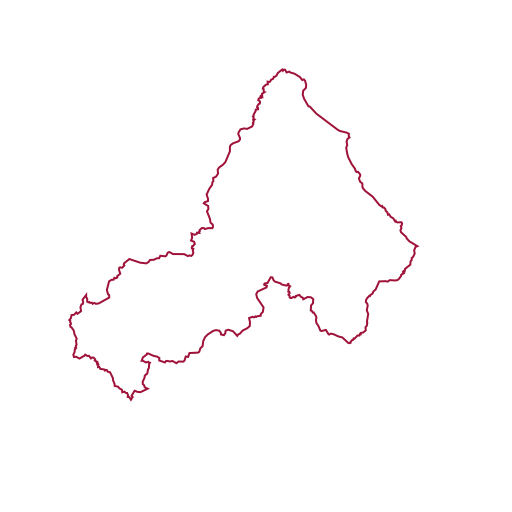 outline of Garut, Jawa Barat, Indonesia, rotated 204°
{"feature_id": "22746128B66421464971893", "entity_name": "Garut", "entity_type": "district", "adm_level": 2, "iso_a3": "IDN", "parent_name": "Indonesia", "parent_adm1": "Jawa Barat", "projection": "robinson", "projection_center": [107.848, -7.343], "detail": "fine", "context": "isolated", "style": "outline", "palette": "rose", "viewbox_px": 512, "rotation_deg": 204, "n_neighbors": 0, "source": "geoboundaries", "source_scale": "gbopen_adm2", "svg_char_len": 6106}
<svg xmlns="http://www.w3.org/2000/svg" viewBox="0 0 512 512"><g transform="rotate(204 256 256)"><path d="M228.2,212.1L238.0,218.2L240.3,221.3L240.0,224.3L233.6,231.6L233.9,233.2L236.7,233.0L237.1,233.6L236.7,234.6L234.5,236.0L233.9,242.6L232.3,243.1L230.2,241.1L228.3,240.3L222.3,241.0L221.1,240.4L216.3,241.3L215.4,241.9L215.6,243.1L215.0,243.7L214.0,242.4L212.5,242.2L213.0,240.3L212.6,238.3L211.9,236.5L211.0,236.8L210.1,235.7L210.6,233.8L209.1,233.3L208.5,232.0L207.5,231.6L206.4,232.1L205.3,233.9L203.6,233.9L203.0,235.2L203.3,235.7L200.6,238.1L198.4,237.0L196.3,236.9L195.2,235.7L192.2,239.5L189.1,240.6L186.2,239.9L184.7,236.0L185.6,233.3L183.8,228.5L182.7,228.6L181.1,227.4L180.3,227.9L176.9,225.6L175.6,224.0L175.3,222.0L173.5,219.3L170.8,217.7L166.8,214.0L165.5,214.2L162.1,216.9L157.9,214.0L157.2,214.0L156.1,215.5L153.4,216.1L148.3,216.0L144.0,216.7L136.3,214.1L134.9,214.5L134.3,215.2L134.7,215.8L134.1,218.1L133.2,218.9L133.3,220.4L132.4,220.5L130.9,224.7L129.2,225.4L129.3,226.9L128.5,227.1L129.0,228.3L126.9,229.8L125.5,232.7L127.0,235.5L126.4,237.4L127.2,240.4L127.9,240.9L129.9,248.7L132.7,251.4L133.8,256.2L135.1,257.8L136.9,258.6L137.5,260.4L137.4,262.4L136.3,265.7L135.6,265.8L135.6,267.1L134.3,268.8L134.3,271.5L133.1,274.0L133.1,282.9L127.4,285.7L125.4,286.1L123.9,288.4L119.0,290.2L117.0,291.5L116.2,293.0L115.3,296.8L115.7,298.0L113.9,300.4L115.3,301.2L115.1,302.2L114.0,302.4L114.6,304.9L111.5,310.8L112.6,314.0L112.1,315.8L112.9,317.4L112.1,319.2L112.0,322.7L113.9,325.7L113.9,329.2L112.6,330.6L121.9,331.8L125.6,333.4L126.5,334.5L133.2,336.7L134.5,338.2L134.5,340.7L135.9,342.1L135.4,343.5L135.9,345.4L136.9,346.0L140.5,344.2L142.0,344.1L142.7,345.0L143.2,344.3L145.8,346.2L148.9,346.6L151.4,348.2L152.2,347.4L153.9,349.4L156.0,350.1L157.0,351.6L158.8,352.3L159.8,351.9L161.0,352.9L161.3,352.3L164.1,352.8L173.6,357.7L182.5,359.8L186.4,361.7L188.4,365.5L191.3,366.3L193.6,368.9L193.4,371.8L194.2,373.0L197.1,374.4L198.3,373.6L200.1,374.7L201.1,376.0L206.0,378.9L212.0,383.8L214.0,386.2L217.6,391.5L217.8,394.4L219.8,397.4L220.0,400.3L218.8,402.3L220.1,403.3L220.8,405.4L223.2,405.6L230.5,404.3L232.9,404.6L258.8,410.6L267.6,414.4L269.0,414.1L276.1,419.3L278.9,422.3L280.1,426.1L278.8,429.9L279.8,432.8L282.4,436.0L284.1,436.8L285.3,435.6L288.9,437.4L295.1,438.2L299.3,437.6L300.6,438.0L302.7,436.1L305.2,438.0L306.5,437.5L306.8,436.2L307.9,437.0L310.5,432.1L310.7,429.0L311.7,427.3L312.6,426.9L312.4,424.9L314.0,423.0L314.0,421.3L314.6,420.4L316.3,420.0L315.0,417.7L316.5,416.7L318.0,413.4L317.8,411.6L316.9,411.6L315.6,409.0L314.9,409.1L316.5,406.7L314.8,403.6L315.6,403.3L316.1,404.4L316.8,404.2L316.8,403.3L315.9,402.4L317.2,401.4L317.6,400.3L317.2,399.2L315.4,398.9L314.7,397.8L314.5,396.8L315.4,395.8L315.8,393.5L315.5,392.3L314.5,392.2L313.8,390.9L315.8,389.6L315.3,388.1L315.7,384.1L315.1,383.0L315.5,382.2L314.2,381.1L314.1,379.8L312.9,380.0L313.5,378.6L312.7,377.6L313.0,376.2L312.1,375.6L312.2,372.8L315.8,368.5L318.8,367.7L321.7,365.4L322.2,361.6L321.7,360.1L318.7,357.4L318.0,355.8L318.6,353.7L322.8,349.6L324.2,347.2L324.3,345.3L322.4,341.0L322.2,329.2L323.4,325.8L325.7,321.9L326.1,319.2L324.2,315.9L324.8,312.2L326.9,309.8L325.4,307.0L325.8,305.7L325.1,303.1L326.0,298.4L326.1,292.1L323.0,288.6L322.2,286.6L324.7,284.4L325.1,282.9L320.0,282.2L318.6,279.5L319.0,276.9L313.3,271.3L311.1,268.0L308.3,267.1L307.1,265.0L307.3,263.6L310.9,262.1L313.7,259.8L315.1,260.3L316.8,259.5L318.1,256.6L317.4,255.5L317.9,254.7L317.2,254.0L319.3,253.3L319.1,252.1L320.7,250.4L324.0,250.3L321.7,246.6L321.6,243.7L318.3,243.8L316.8,242.1L317.7,239.3L318.2,239.2L318.1,237.7L317.6,236.8L316.2,237.1L315.8,234.9L314.5,233.4L314.5,231.2L315.2,229.7L317.1,229.4L318.2,228.2L322.4,228.5L332.6,224.0L336.3,224.4L337.4,223.9L338.0,223.0L338.0,220.1L338.6,218.9L343.5,217.3L343.6,214.6L345.8,213.4L347.8,211.0L351.2,209.3L351.7,206.8L353.3,204.6L359.1,202.8L370.5,201.7L373.5,195.7L373.4,194.4L372.4,193.8L373.5,190.8L375.5,190.4L376.1,189.6L375.5,187.6L372.8,184.6L374.6,181.1L374.0,179.9L375.0,178.6L376.5,178.5L376.5,176.4L378.4,175.4L379.9,173.1L378.4,164.2L375.5,160.8L374.3,160.6L373.2,158.3L380.4,148.7L382.8,147.2L384.6,147.4L385.8,145.9L386.8,146.6L388.6,145.7L389.5,146.2L390.3,145.5L391.7,145.7L392.7,148.1L394.5,149.5L395.3,151.3L396.7,145.5L395.1,143.6L394.7,141.9L395.7,140.9L395.6,138.0L393.4,134.4L395.6,130.6L397.2,131.4L398.3,128.3L400.5,127.0L399.8,124.0L400.5,121.6L399.4,121.4L398.9,120.0L397.9,119.5L397.4,118.5L397.9,117.4L396.6,115.8L395.4,115.7L392.2,113.8L389.9,110.6L386.2,107.6L386.0,105.4L383.8,101.9L384.1,100.9L383.4,99.6L383.8,98.6L383.0,98.5L383.5,96.7L382.7,94.7L382.7,91.5L381.2,89.7L379.4,90.8L375.6,90.5L372.1,95.2L371.9,96.4L369.4,96.1L368.0,96.9L365.1,95.3L364.5,96.6L363.0,97.1L360.9,96.2L360.8,94.9L358.1,94.8L358.2,93.8L357.4,93.0L356.8,93.6L356.0,92.9L356.5,92.0L355.4,91.3L355.1,90.3L354.1,91.0L352.2,89.5L348.8,90.6L347.4,89.9L347.1,90.8L345.8,91.1L344.4,90.0L342.0,90.4L337.0,86.2L336.3,84.6L333.1,81.5L332.3,79.8L328.8,80.5L326.9,79.5L324.2,79.3L322.7,77.1L321.1,78.6L319.4,78.0L318.0,78.4L316.2,76.7L315.9,75.1L314.2,75.5L311.8,73.8L311.3,77.0L312.8,77.7L312.1,83.5L308.9,83.7L306.2,84.6L301.0,90.7L304.3,90.8L305.6,92.4L307.3,92.9L308.4,95.2L308.3,99.5L308.9,101.2L308.4,103.0L307.7,103.6L307.7,105.3L308.5,108.4L308.3,110.2L309.6,113.6L309.5,115.3L310.7,115.0L311.3,115.5L313.3,114.0L317.0,114.3L317.8,113.8L318.1,117.3L315.7,121.7L315.9,122.6L314.9,123.1L308.8,123.1L305.9,123.8L302.8,123.5L301.9,121.2L295.9,121.7L295.4,123.5L294.6,124.0L291.5,124.7L289.8,126.1L285.1,125.7L283.8,128.1L279.3,130.0L278.8,131.6L279.3,135.6L277.0,136.2L277.3,140.3L269.6,144.2L268.9,145.4L269.3,149.1L268.1,151.8L269.6,156.8L269.5,161.3L268.0,165.0L264.5,170.4L262.2,172.1L259.1,172.8L256.8,171.4L256.1,170.1L253.1,170.6L252.6,173.2L253.3,174.7L253.1,175.8L251.2,177.4L246.4,177.9L240.6,175.4L240.3,177.2L239.1,178.5L237.9,182.4L234.6,186.5L233.2,189.5L234.7,193.3L237.1,196.5L234.4,199.1L233.4,198.9L232.2,199.8L232.0,200.6L230.8,200.6L230.2,201.6L227.4,203.3L228.0,204.8L227.0,207.8L228.2,212.1Z" fill="none" stroke="#9f1239" stroke-width="2"/></g></svg>